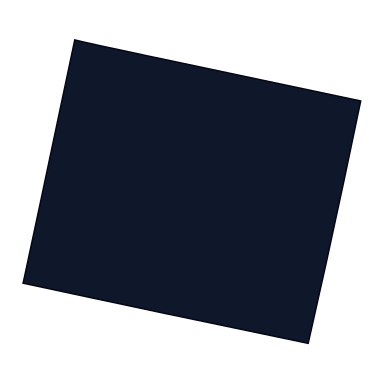 Dodge, Minnesota, United States of America (Robinson projection), rotated 102°
{"feature_id": "52423323B23737543876644", "entity_name": "Dodge", "entity_type": "district", "adm_level": 2, "iso_a3": "USA", "parent_name": "United States of America", "parent_adm1": "Minnesota", "projection": "robinson", "projection_center": [-92.863, 44.023], "detail": "fine", "context": "isolated", "style": "filled", "palette": "ink", "viewbox_px": 384, "rotation_deg": 102, "n_neighbors": 0, "source": "geoboundaries", "source_scale": "gbopen_adm2", "svg_char_len": 351}
<svg xmlns="http://www.w3.org/2000/svg" viewBox="0 0 384 384"><g transform="rotate(102 192 192)"><path d="M315.9,46.9L234.7,46.0L149.4,45.7L71.1,45.9L67.9,45.9L68.1,265.1L68.0,313.5L67.8,330.3L67.6,338.3L146.1,338.2L234.6,338.1L308.9,338.2L316.3,338.3L316.4,265.4L316.4,192.7L315.9,46.9Z" fill="#0f172a" stroke="#020617" stroke-width="1.5"/></g></svg>